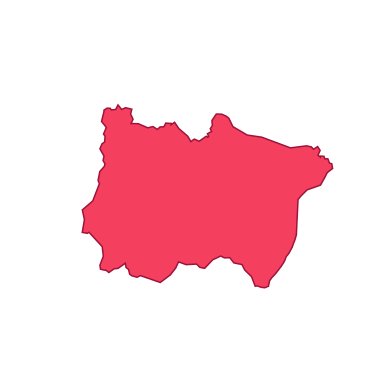 Bitola, Bitola, North Macedonia (Robinson projection), rotated 313°
{"feature_id": "65306769B29228652763838", "entity_name": "Bitola", "entity_type": "district", "adm_level": 2, "iso_a3": "MKD", "parent_name": "North Macedonia", "parent_adm1": "Bitola", "projection": "robinson", "projection_center": [21.305, 41.044], "detail": "fine", "context": "isolated", "style": "filled", "palette": "rose", "viewbox_px": 384, "rotation_deg": 313, "n_neighbors": 0, "source": "geoboundaries", "source_scale": "gbopen_adm2", "svg_char_len": 1873}
<svg xmlns="http://www.w3.org/2000/svg" viewBox="0 0 384 384"><g transform="rotate(313 192 192)"><path d="M265.6,156.6L257.9,157.8L254.4,161.6L250.7,162.2L249.6,165.1L245.2,163.5L244.0,166.2L242.8,166.2L242.5,164.4L234.0,162.6L232.3,157.6L228.1,156.8L229.9,150.8L229.4,139.2L231.1,131.7L227.0,130.9L228.0,130.1L224.5,125.8L220.6,127.0L217.8,124.3L214.2,124.0L213.2,118.8L208.8,115.9L205.3,106.1L200.5,100.7L205.0,99.3L207.2,93.9L211.5,91.5L208.3,85.9L204.4,84.3L205.2,78.5L200.3,79.9L196.9,76.9L197.5,75.2L195.4,72.7L191.8,71.8L190.9,72.7L181.9,77.7L180.8,85.3L174.0,87.8L173.5,90.4L168.9,94.0L166.0,93.3L160.8,95.2L158.2,103.2L154.4,105.4L153.2,109.1L151.1,110.4L144.1,110.6L136.4,115.4L134.9,118.6L117.9,125.5L104.1,124.0L98.5,132.1L87.6,139.3L90.4,143.6L92.3,144.2L90.8,163.6L84.5,171.0L75.6,174.6L73.1,177.8L76.2,182.9L76.4,186.1L82.6,187.4L85.7,190.0L94.4,191.8L91.8,195.3L92.1,198.4L89.4,202.4L89.6,204.9L92.2,210.0L95.6,211.2L104.2,230.5L116.7,232.7L125.5,231.9L131.7,229.8L134.9,237.3L142.4,244.5L142.2,249.1L144.8,253.3L156.6,253.4L164.8,256.7L165.9,260.6L169.7,264.4L168.7,271.0L173.0,278.0L170.9,283.8L170.7,293.2L166.2,302.5L168.0,304.0L169.0,306.6L170.2,308.6L171.6,310.5L175.2,312.2L176.3,311.5L180.0,309.3L183.8,308.8L189.8,308.8L193.6,308.4L198.2,308.0L202.8,307.2L205.4,306.5L208.9,305.0L210.4,304.9L211.9,304.8L213.9,304.5L215.1,304.2L220.4,302.8L221.7,302.1L227.0,300.0L231.9,297.5L244.0,287.2L245.0,286.4L252.4,280.1L258.8,274.7L263.6,274.4L266.2,274.5L271.3,274.7L272.0,274.7L284.4,281.1L284.7,281.3L292.8,279.3L298.5,277.7L305.1,278.8L308.0,274.9L306.9,272.9L309.0,268.6L306.8,266.7L308.1,264.1L305.8,261.4L305.0,262.1L304.8,259.1L309.8,257.3L310.9,252.9L306.1,251.7L306.4,248.5L303.9,244.3L291.4,233.9L279.7,205.7L271.3,193.5L267.7,177.3L271.1,168.6L270.8,165.4L269.2,160.7L265.6,156.6Z" fill="#f43f5e" stroke="#9f1239" stroke-width="1.5"/></g></svg>